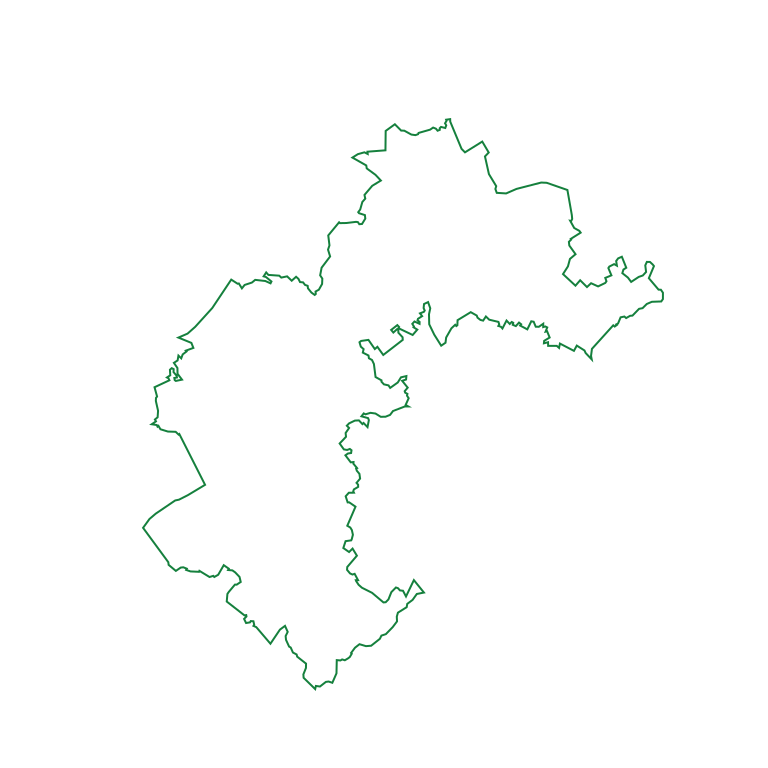 Yuriria, Guanajuato, Mexico (Mercator projection), rotated 319°
{"feature_id": "50627088B69886558510846", "entity_name": "Yuriria", "entity_type": "district", "adm_level": 2, "iso_a3": "MEX", "parent_name": "Mexico", "parent_adm1": "Guanajuato", "projection": "mercator", "projection_center": [-101.194, 20.166], "detail": "fine", "context": "isolated", "style": "outline", "palette": "green", "viewbox_px": 768, "rotation_deg": 319, "n_neighbors": 0, "source": "geoboundaries", "source_scale": "gbopen_adm2", "svg_char_len": 6166}
<svg xmlns="http://www.w3.org/2000/svg" viewBox="0 0 768 768"><g transform="rotate(319 384 384)"><path d="M556.9,501.7L558.7,498.6L564.0,493.9L595.5,490.1L595.8,492.0L598.4,492.2L598.4,491.4L600.3,491.9L606.3,488.9L609.7,490.8L610.0,493.1L614.5,494.0L616.4,495.4L625.8,494.6L628.9,496.4L634.8,496.0L640.1,497.7L647.4,503.6L650.2,502.9L654.4,498.1L654.8,494.5L653.1,492.9L653.3,477.9L665.1,472.1L665.2,470.1L664.8,466.4L662.5,464.3L659.0,465.9L655.3,471.4L650.5,471.9L646.5,470.3L637.5,469.1L637.9,463.7L636.6,456.7L639.8,454.7L643.1,455.2L647.0,444.0L643.1,442.8L639.9,443.5L637.4,447.5L636.3,444.5L631.1,443.2L629.4,443.7L626.9,451.2L620.6,449.1L619.3,452.4L617.3,452.9L609.6,450.8L606.4,443.8L600.8,444.0L600.1,434.4L593.0,435.4L591.2,418.5L600.0,415.9L606.4,411.6L613.7,411.7L614.7,401.1L616.8,398.0L620.0,397.8L620.1,397.0L631.7,398.8L631.9,396.6L629.9,391.1L631.6,383.0L632.2,383.8L634.3,382.9L636.6,379.7L649.7,357.9L638.8,338.9L634.8,335.1L612.0,323.7L601.2,320.3L594.5,313.7L596.0,309.9L598.5,308.3L600.9,294.4L609.5,278.5L614.9,278.0L617.2,265.5L597.1,262.3L596.8,257.4L606.1,229.5L607.7,227.5L604.3,225.3L603.9,226.4L601.1,227.3L600.7,229.6L598.2,231.0L595.7,227.4L593.9,227.5L592.8,228.8L590.6,228.0L590.7,225.4L589.3,222.7L585.7,222.3L574.8,217.2L573.6,217.8L571.0,216.8L568.3,213.7L565.5,206.1L563.2,204.0L562.6,195.1L551.3,194.1L538.4,208.6L523.9,197.8L522.6,199.7L521.2,196.3L515.1,193.4L508.7,192.4L514.0,207.4L512.4,210.0L514.8,220.5L515.1,228.4L505.2,226.7L493.3,228.5L491.5,231.8L487.1,232.4L480.5,236.7L477.3,237.4L477.2,238.7L480.4,244.0L478.4,246.9L472.4,248.8L470.2,247.2L470.5,244.7L469.3,243.3L461.2,237.8L456.3,233.7L456.2,232.5L439.4,235.3L433.8,243.6L429.9,245.9L427.0,252.4L413.2,255.3L407.1,260.1L406.6,264.0L402.9,267.9L396.7,270.1L393.0,269.3L391.6,271.3L390.1,271.3L389.2,267.3L389.4,261.9L390.8,259.8L389.4,257.4L389.6,254.2L387.5,252.0L388.4,248.5L388.0,245.4L382.1,245.5L381.5,239.2L376.3,236.3L376.0,233.5L368.3,225.8L368.3,222.5L363.8,223.8L365.1,225.8L366.3,232.8L364.4,233.6L362.0,228.4L355.1,220.9L350.9,220.8L343.8,217.8L339.5,218.6L340.4,212.9L339.3,212.3L337.2,205.0L304.2,214.0L279.0,217.0L268.8,217.1L259.3,214.1L265.6,226.6L263.8,231.7L256.3,228.8L256.3,229.9L251.5,229.6L247.8,231.6L247.5,227.7L243.7,230.8L239.3,230.2L238.6,236.4L234.9,240.8L234.4,248.2L228.9,245.1L228.6,243.8L229.7,241.9L232.0,243.2L232.9,241.8L233.0,236.9L235.0,234.8L234.2,232.8L231.8,232.8L228.4,237.2L224.5,236.7L225.1,238.3L224.5,240.4L208.7,235.9L204.5,244.6L202.8,244.9L200.7,247.1L195.9,256.0L191.3,260.6L187.8,260.5L187.4,262.6L182.3,262.0L185.6,265.9L185.1,267.6L186.3,267.6L185.6,271.5L189.7,278.1L195.4,283.4L195.8,287.5L196.7,287.5L182.8,342.7L163.0,339.2L153.4,336.8L150.0,334.9L126.7,332.1L118.5,332.0L107.8,334.5L104.3,377.0L102.8,379.2L104.3,388.5L110.2,389.2L112.3,390.7L114.0,394.0L112.7,394.5L115.0,398.5L121.2,404.4L122.1,403.9L125.7,415.2L129.3,416.8L129.3,418.3L133.7,419.2L144.2,415.6L145.7,421.6L144.3,422.1L147.3,425.2L148.1,428.5L148.4,434.8L146.0,439.4L141.2,438.8L139.9,437.6L130.4,439.1L128.1,439.7L122.6,445.0L126.9,467.1L128.4,468.0L127.7,469.2L124.3,469.5L123.1,473.9L126.5,476.0L127.9,475.5L129.8,477.4L128.1,480.5L126.8,480.9L128.1,483.7L127.9,505.5L144.3,501.1L150.6,501.6L148.7,507.9L144.4,509.7L142.2,512.8L140.1,519.9L140.7,521.7L139.1,526.9L140.6,530.8L139.6,532.8L141.7,543.9L138.8,547.1L132.6,550.3L130.6,553.0L131.9,569.1L134.5,567.2L137.2,570.3L144.7,570.7L147.0,572.2L149.0,575.6L158.3,571.2L167.2,561.4L169.8,564.1L171.7,564.4L173.2,566.8L177.0,567.5L179.1,567.6L182.7,566.4L182.7,565.4L189.1,564.0L194.8,564.3L198.4,570.0L202.6,573.1L213.7,573.6L217.0,572.2L221.3,574.0L231.0,573.2L238.1,571.7L241.0,568.0L244.5,565.7L254.7,567.3L257.3,565.2L263.9,565.7L271.0,564.0L277.3,567.6L277.9,551.6L261.2,558.8L262.7,552.5L260.6,550.2L260.6,547.3L259.5,545.4L253.0,545.9L246.0,549.5L242.1,549.8L240.3,548.5L238.0,533.8L233.7,523.3L233.1,518.9L233.7,514.4L234.0,513.6L235.7,515.0L237.3,508.0L235.2,507.1L234.1,504.7L234.2,500.0L236.2,498.0L250.9,495.8L252.3,487.6L247.4,487.9L245.7,481.1L251.9,477.4L256.7,480.5L257.8,480.0L261.6,477.4L263.9,473.2L264.4,470.2L263.3,466.9L282.0,457.9L280.1,450.5L278.9,449.5L281.4,443.6L286.1,443.0L290.0,446.3L290.4,444.8L292.1,443.8L297.0,444.7L298.4,443.0L298.4,440.6L303.9,439.7L306.5,435.7L306.6,431.6L307.5,429.5L308.5,429.8L308.6,424.1L309.8,422.9L307.5,421.3L308.1,412.5L311.2,412.8L313.9,414.5L316.0,412.7L315.6,410.6L312.9,409.6L310.8,407.0L311.5,399.8L320.7,398.9L322.9,395.8L328.8,394.3L328.6,391.1L331.8,390.8L338.0,392.5L341.2,395.0L341.4,400.1L343.0,400.0L343.3,405.7L348.9,401.3L349.6,399.3L345.8,393.6L349.4,392.9L350.1,394.7L354.9,396.9L358.2,400.7L360.0,406.6L363.7,409.7L368.3,411.3L373.1,410.3L384.9,414.6L387.6,416.9L386.6,414.0L393.3,410.9L393.7,407.9L395.2,406.8L394.3,404.4L394.9,403.0L399.5,402.3L399.8,393.5L403.6,395.1L406.1,392.7L401.2,390.1L395.4,391.9L386.1,391.0L386.5,388.0L383.7,384.2L383.6,380.6L384.5,379.6L382.2,373.2L389.5,362.3L390.7,358.0L389.5,354.7L391.0,352.3L388.6,346.4L391.5,344.3L391.0,340.6L392.9,336.4L395.0,336.5L401.2,340.5L400.0,351.6L403.4,351.6L402.5,361.6L427.1,363.0L428.7,360.9L428.5,354.7L430.2,352.7L429.7,351.2L424.8,351.3L424.9,347.9L432.7,348.3L432.8,350.9L431.5,351.3L437.8,365.8L444.8,364.8L443.5,360.5L444.3,360.3L444.8,357.2L448.0,356.8L450.3,361.9L451.6,360.5L451.1,357.9L452.4,357.1L457.3,357.8L457.5,354.3L461.4,355.7L462.9,355.3L463.7,352.7L466.7,349.9L471.0,351.1L468.6,357.2L463.7,360.9L457.3,368.6L454.3,379.7L452.3,392.6L457.5,393.2L461.4,389.7L471.4,386.2L476.6,386.0L476.6,387.7L477.9,387.8L481.4,384.1L496.6,386.7L498.9,393.2L498.1,395.3L498.8,398.9L500.4,401.2L505.2,399.9L505.6,404.5L511.1,412.2L510.1,414.6L508.4,415.2L509.8,417.5L509.8,419.8L518.1,416.5L518.3,421.2L521.1,421.0L521.7,422.6L520.0,423.8L521.5,426.8L526.2,426.2L526.7,428.9L525.1,429.2L528.0,436.8L536.3,433.3L537.8,435.2L536.1,440.3L538.4,442.4L543.7,443.0L541.5,445.5L543.5,446.4L544.3,448.4L540.3,450.5L541.7,451.2L539.5,457.6L533.2,456.5L531.4,458.2L535.2,460.1L532.9,462.9L539.4,468.6L539.8,471.6L543.3,468.9L549.1,483.6L554.7,481.5L557.3,490.2L556.5,492.9L556.9,501.7Z" fill="none" stroke="#15803d" stroke-width="2"/></g></svg>